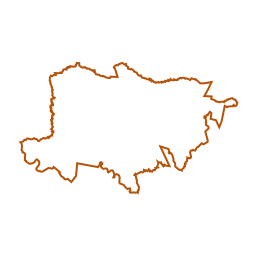 Rosario, Chihuahua, Mexico, rotated 189°
{"feature_id": "50627088B90128924011430", "entity_name": "Rosario", "entity_type": "district", "adm_level": 2, "iso_a3": "MEX", "parent_name": "Mexico", "parent_adm1": "Chihuahua", "projection": "mercator", "projection_center": [-106.293, 27.279], "detail": "fine", "context": "isolated", "style": "outline", "palette": "amber", "viewbox_px": 256, "rotation_deg": 189, "n_neighbors": 0, "source": "geoboundaries", "source_scale": "gbopen_adm2", "svg_char_len": 5852}
<svg xmlns="http://www.w3.org/2000/svg" viewBox="0 0 256 256"><g transform="rotate(189 128 128)"><path d="M59.6,184.1L63.6,183.4L69.7,187.3L69.1,186.3L73.1,187.0L74.0,185.2L77.9,186.2L79.1,185.6L79.5,186.1L80.8,186.3L83.1,185.8L83.3,185.4L83.9,185.8L84.9,185.3L85.6,184.4L86.3,184.3L86.8,183.6L86.7,183.1L88.6,182.9L89.9,183.3L89.8,182.5L90.5,182.2L92.6,182.2L93.6,183.0L93.9,181.7L95.2,181.8L94.9,180.9L95.2,180.6L95.9,180.7L96.4,181.3L97.5,180.4L98.6,180.4L98.5,179.5L99.2,179.7L100.2,178.8L100.8,179.2L101.9,178.1L102.5,178.8L104.6,177.7L105.3,177.7L105.5,178.1L107.6,177.0L108.5,177.6L109.2,177.3L110.6,178.3L111.3,177.9L111.3,178.6L111.8,178.9L112.7,178.5L113.0,179.8L113.4,180.0L114.2,179.0L114.7,180.0L115.5,179.2L116.8,179.1L118.1,179.8L119.4,179.6L120.0,180.1L121.9,179.8L123.6,182.0L124.6,181.3L126.0,181.8L127.4,183.0L128.0,184.0L131.0,184.8L131.3,185.6L132.8,186.5L133.7,186.8L134.5,186.2L136.2,186.8L137.0,186.5L137.5,187.1L137.4,188.2L139.9,189.4L139.9,190.9L141.5,190.2L143.9,191.4L146.1,190.2L146.2,189.7L147.1,189.6L147.6,188.5L148.9,188.5L149.0,188.1L150.1,187.9L151.5,186.2L151.4,185.4L150.3,184.9L146.3,176.8L153.3,175.9L153.4,174.8L154.1,174.3L158.4,174.6L158.9,175.2L159.8,175.1L160.4,175.5L160.9,175.1L161.6,175.4L163.6,175.2L165.0,176.2L166.2,175.9L168.2,176.1L168.7,177.2L170.4,178.2L169.6,178.8L170.0,179.9L172.9,179.2L173.1,179.6L174.9,179.9L175.4,180.5L177.8,180.2L178.3,180.8L179.7,180.9L180.0,181.4L182.4,180.5L183.2,180.7L185.9,182.1L186.3,184.4L188.8,184.2L188.7,183.1L189.5,182.1L189.3,181.0L189.9,180.8L190.0,180.4L191.9,179.9L193.0,180.1L193.9,179.7L194.7,180.1L195.1,178.8L196.0,179.2L196.9,178.9L196.7,178.4L197.1,178.2L196.9,177.8L197.3,177.5L197.9,177.7L198.2,177.2L198.3,176.6L197.9,176.4L197.9,176.0L200.0,176.1L200.9,175.6L201.3,173.8L201.8,173.4L202.0,171.9L202.9,171.7L203.7,172.2L204.7,171.3L208.7,170.9L207.5,169.2L210.1,168.4L210.9,167.3L212.4,167.6L213.1,165.8L212.7,162.5L212.1,162.2L212.2,161.4L211.6,160.7L211.7,160.1L211.1,159.2L211.1,158.6L209.7,157.1L209.8,156.2L209.1,155.6L208.9,154.4L208.5,154.1L208.8,153.6L208.3,153.2L208.7,152.0L207.7,150.3L208.0,148.6L206.5,146.6L205.2,146.5L205.6,145.5L208.2,144.8L208.3,143.7L207.5,142.8L207.8,141.8L207.0,141.5L207.0,140.7L206.3,140.7L206.1,140.0L205.6,139.6L205.6,138.6L206.1,138.4L207.3,138.7L208.1,137.3L207.5,136.7L207.8,136.1L207.2,135.8L207.2,134.8L206.7,134.7L207.2,133.9L207.0,132.8L206.5,132.9L206.3,132.2L205.7,132.5L205.7,131.9L205.1,131.5L205.1,131.0L203.8,130.7L203.4,130.2L204.1,130.0L204.0,129.5L204.7,128.8L204.2,128.4L204.8,127.8L204.8,126.3L204.1,126.1L203.9,125.6L204.8,125.4L204.8,125.1L204.3,124.8L205.3,123.9L204.9,123.0L204.2,122.9L204.3,122.4L203.6,121.1L204.0,121.1L204.3,120.4L202.4,117.4L202.9,117.2L203.0,115.9L203.7,114.9L202.9,114.6L202.2,113.4L201.2,113.1L201.4,112.6L202.1,112.4L201.3,111.9L201.8,111.5L201.7,110.3L202.3,109.7L201.8,108.6L203.4,108.0L203.7,107.3L204.4,107.1L204.3,106.5L204.7,105.7L205.9,106.5L206.5,105.5L208.1,104.5L208.9,104.9L210.2,104.9L210.9,104.0L211.9,103.6L213.9,101.1L214.7,101.1L216.4,102.7L217.8,102.5L218.8,103.2L219.6,103.1L220.4,102.2L222.0,101.6L225.9,102.0L227.1,100.1L228.5,100.2L229.3,98.4L232.0,97.1L231.1,96.5L229.9,94.1L229.7,89.7L228.4,88.3L228.6,87.8L228.2,87.4L226.4,87.0L225.3,86.1L225.4,83.9L224.7,80.0L223.6,79.7L223.4,78.9L219.6,77.2L216.3,78.5L215.3,79.3L213.9,82.0L213.1,82.8L210.9,81.4L210.1,79.9L210.4,76.9L211.9,74.7L212.2,73.0L211.0,72.0L209.2,71.3L207.9,71.6L207.2,71.3L205.9,71.4L200.4,76.0L198.4,76.2L197.3,75.9L195.9,76.3L195.3,77.9L188.4,73.7L189.0,73.2L188.8,72.7L186.2,69.8L183.8,68.9L183.3,68.0L181.9,67.4L179.5,68.3L175.5,65.8L171.8,72.6L172.7,85.2L151.6,84.7L151.4,85.6L150.0,87.2L150.3,89.2L149.8,89.8L148.9,89.9L147.9,89.3L147.7,88.6L148.6,87.2L148.8,85.6L146.7,84.0L146.0,83.8L143.6,84.6L142.5,84.5L141.4,83.2L141.1,81.5L140.3,81.1L138.2,83.3L137.0,83.7L136.1,83.4L134.5,80.4L134.1,77.8L134.8,77.2L134.8,76.9L133.7,77.2L133.8,79.4L132.6,80.4L132.0,80.7L129.5,79.8L128.5,77.9L128.1,73.2L127.5,72.0L123.3,71.1L121.3,69.0L118.7,67.6L117.5,68.5L116.4,68.6L115.8,66.5L116.5,65.6L116.0,64.7L114.7,64.6L111.9,65.4L110.7,65.2L109.1,65.9L108.2,65.5L108.3,68.0L107.8,68.1L107.9,71.3L110.7,75.3L111.1,78.1L112.1,79.4L112.1,80.5L112.9,81.6L112.9,82.2L114.3,82.6L113.6,83.9L113.1,83.5L111.8,84.1L108.5,86.5L106.5,86.4L105.7,87.4L105.8,88.0L105.5,88.4L105.6,89.1L104.9,88.9L104.1,88.1L103.5,89.1L101.8,88.5L101.0,90.5L100.2,90.1L99.6,88.6L98.8,88.9L97.5,88.6L97.3,89.5L96.5,90.0L96.3,90.6L94.9,90.5L94.9,91.1L94.2,92.1L94.7,92.8L92.2,93.7L93.2,94.4L92.4,97.8L93.2,99.3L92.3,98.8L89.8,99.2L89.5,97.9L88.2,97.1L87.7,96.1L86.9,95.6L86.5,96.2L86.7,97.3L86.5,97.6L85.0,96.8L81.0,96.8L93.2,114.9L84.8,113.6L83.5,111.1L84.0,110.4L83.7,109.7L83.2,109.3L81.9,110.0L80.1,108.4L78.1,104.1L78.1,102.9L76.0,100.6L75.2,97.2L70.8,94.7L69.6,94.8L68.2,94.4L68.4,95.1L67.6,96.4L66.8,96.8L66.7,97.8L66.0,98.6L66.3,99.0L65.8,99.3L66.1,100.5L65.5,101.3L66.2,101.7L65.7,103.3L65.3,103.4L64.5,104.5L64.8,106.6L64.1,107.2L64.6,108.1L62.0,107.7L61.1,109.0L62.9,113.7L62.5,115.5L61.0,115.8L60.6,116.5L58.1,116.2L56.9,119.6L55.1,120.9L55.0,121.6L54.3,122.2L53.7,123.3L53.0,123.7L52.8,124.4L50.8,123.7L47.3,126.7L47.2,127.9L51.1,136.6L48.5,140.0L48.4,141.1L48.8,141.9L51.4,143.2L51.6,145.5L52.0,145.6L51.8,146.7L52.9,149.6L54.3,150.1L54.3,151.5L52.7,151.5L52.3,153.1L51.2,153.2L51.1,154.3L50.5,154.8L49.8,156.7L48.0,155.9L47.8,149.9L42.4,149.5L38.0,143.0L36.6,149.3L35.9,165.0L33.2,164.1L32.5,164.8L30.5,165.4L28.4,165.7L27.2,167.3L26.6,166.2L24.4,167.1L24.0,170.3L25.1,171.0L26.4,172.8L28.2,172.8L29.6,173.8L31.2,173.2L31.8,172.6L32.9,172.5L33.9,171.4L34.6,171.5L35.2,170.4L36.4,170.1L36.8,169.6L37.0,168.6L38.8,168.9L41.7,167.8L44.2,167.9L45.1,168.4L45.6,168.1L46.6,169.0L50.4,169.7L50.3,172.2L57.6,171.5L54.8,179.1L52.7,186.5L59.6,184.1Z" fill="none" stroke="#b45309" stroke-width="2"/></g></svg>